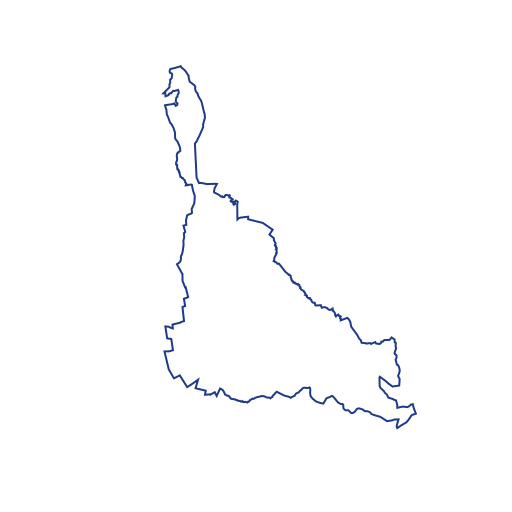 outline of Lazarea, Harghita, Romania, rotated 75°
{"feature_id": "2599482B18628071663922", "entity_name": "Lazarea", "entity_type": "district", "adm_level": 2, "iso_a3": "ROU", "parent_name": "Romania", "parent_adm1": "Harghita", "projection": "orthographic", "projection_center": [25.497, 46.771], "detail": "fine", "context": "isolated", "style": "outline", "palette": "blue", "viewbox_px": 512, "rotation_deg": 75, "n_neighbors": 0, "source": "geoboundaries", "source_scale": "gbopen_adm2", "svg_char_len": 6111}
<svg xmlns="http://www.w3.org/2000/svg" viewBox="0 0 512 512"><g transform="rotate(75 256 256)"><path d="M343.0,369.6L352.9,366.9L351.6,360.5L364.8,356.4L363.1,351.0L360.5,344.0L368.1,348.6L373.1,339.4L376.8,341.2L377.8,335.9L378.1,335.9L376.9,331.1L381.0,330.2L374.7,325.0L376.7,322.9L379.5,322.0L381.5,321.9L383.3,320.2L383.7,319.1L384.6,318.1L386.2,317.8L387.7,316.7L388.0,315.6L388.9,314.2L388.9,313.4L390.4,312.0L390.4,311.3L391.3,310.7L391.8,308.9L392.7,308.3L393.1,307.4L392.6,306.8L393.8,306.0L393.7,305.4L394.2,304.8L394.1,304.6L394.2,303.8L395.3,302.2L394.6,301.1L394.8,300.4L393.5,298.9L393.6,298.4L392.8,296.4L393.4,295.4L392.8,293.4L392.6,291.0L392.8,289.2L392.6,287.0L393.0,286.7L393.2,285.0L395.5,282.1L396.5,279.4L397.2,278.9L396.7,278.2L396.5,276.8L395.8,276.4L394.9,275.2L394.3,274.2L394.3,273.8L393.4,272.9L392.5,271.1L398.1,264.9L400.8,260.2L402.0,259.2L401.5,257.7L401.0,254.9L399.4,253.2L398.9,251.5L398.9,250.3L397.4,248.0L396.9,246.6L395.9,245.4L395.7,243.5L397.0,240.0L396.8,238.4L397.4,238.0L399.4,238.2L402.6,239.3L405.6,239.5L408.7,238.1L412.2,235.5L414.6,232.0L416.0,229.2L411.6,224.6L411.3,221.1L410.8,219.5L411.0,218.5L412.8,217.3L418.7,214.7L421.1,212.1L421.3,210.8L422.2,210.2L425.2,210.9L426.0,210.9L426.9,210.4L428.1,209.5L428.4,208.9L428.9,206.7L432.1,204.9L432.7,203.5L432.5,202.0L431.7,200.4L429.9,198.2L429.7,196.9L430.0,195.6L431.9,192.6L434.0,191.1L434.6,189.0L435.4,187.6L436.7,186.2L438.6,185.3L440.9,182.0L443.4,177.7L449.5,172.1L450.0,167.1L449.7,164.8L450.7,160.6L455.4,163.5L457.4,164.3L458.8,164.1L457.2,159.6L455.6,153.8L453.9,151.3L450.0,146.8L449.7,142.4L443.3,143.0L439.7,142.9L439.6,144.7L440.9,147.3L441.1,149.1L439.5,153.0L439.2,158.8L436.3,158.1L431.7,158.1L430.6,160.0L429.9,160.3L427.1,164.8L423.9,165.4L421.2,167.0L419.6,167.4L415.7,169.9L413.5,170.2L405.4,168.2L404.7,167.6L409.8,163.5L413.6,161.0L417.4,157.9L418.2,151.2L412.0,149.1L408.6,149.8L405.9,147.8L403.5,146.7L400.4,146.6L398.0,147.2L397.5,148.0L392.4,148.0L390.5,146.6L388.7,146.0L387.4,146.4L386.7,147.3L385.3,147.2L381.5,144.6L379.1,144.5L376.2,143.5L375.8,143.6L375.4,144.3L372.5,143.8L369.8,146.1L371.6,148.7L370.4,153.9L371.6,155.7L371.1,157.0L372.5,158.0L373.0,159.4L371.6,162.7L370.0,163.1L370.7,167.6L369.6,168.3L369.2,172.0L368.8,172.2L367.1,176.5L364.6,176.5L362.3,177.8L358.6,178.6L349.1,182.3L343.6,182.0L340.9,182.9L339.4,183.8L340.1,190.8L338.6,190.3L337.8,191.0L336.4,189.8L335.9,190.1L335.4,191.3L333.9,191.6L334.1,192.8L335.1,194.4L333.6,194.9L332.4,194.5L330.8,194.8L328.6,195.7L328.6,196.0L326.6,195.6L327.3,197.9L327.2,198.9L325.8,200.3L324.7,200.7L323.4,202.5L323.0,203.5L323.0,205.9L320.3,206.1L319.3,211.1L318.9,211.4L316.3,211.4L316.2,212.4L315.3,213.5L313.7,214.0L312.5,214.0L312.0,214.4L311.9,214.7L311.0,214.9L310.8,215.4L310.5,215.1L309.8,216.7L308.7,217.4L307.8,217.1L307.3,217.7L307.0,217.5L306.5,218.3L306.3,217.9L305.5,217.9L304.8,218.4L303.6,218.3L303.1,218.9L302.2,218.9L300.4,220.8L299.4,221.3L298.5,221.2L298.4,221.5L297.6,221.1L296.8,221.9L295.8,221.8L295.9,222.3L295.4,221.7L294.9,222.0L294.7,222.6L294.4,222.4L293.9,222.6L294.0,223.6L292.8,224.7L293.1,224.7L292.8,225.2L292.0,225.2L291.8,226.0L291.5,225.9L291.2,226.9L290.1,226.8L289.8,227.4L289.6,227.3L288.0,228.0L287.4,227.6L285.7,228.0L284.3,227.6L282.7,228.5L282.7,229.4L281.7,229.7L279.0,231.7L269.3,235.8L269.1,237.3L267.4,238.0L266.9,239.1L266.4,239.1L265.5,240.3L264.5,239.4L262.8,238.9L262.0,238.4L260.3,236.7L259.7,236.5L258.9,235.4L258.1,235.6L258.0,235.2L256.9,234.7L255.8,234.8L254.3,234.1L254.3,234.7L253.5,234.1L252.6,234.5L251.7,234.0L251.4,234.2L251.7,234.6L250.3,235.0L249.1,233.8L245.3,234.6L243.5,234.1L238.8,237.5L234.9,233.1L225.8,240.9L218.5,254.1L216.0,253.4L214.9,261.1L215.2,263.2L215.9,264.5L201.4,260.8L198.8,259.6L197.7,260.5L197.2,261.4L198.7,262.6L200.2,262.6L200.8,263.5L200.6,264.3L199.7,264.5L199.0,263.5L198.2,263.3L197.7,263.8L197.8,264.6L197.3,265.7L196.4,266.3L195.4,265.2L195.5,264.0L195.2,263.8L193.2,265.5L192.7,266.5L192.1,266.6L191.1,265.7L190.4,265.8L190.3,267.3L189.7,268.0L189.2,269.5L189.7,270.4L190.8,271.2L190.7,272.5L189.6,273.2L189.8,274.1L186.9,276.4L183.7,280.0L182.8,279.9L179.8,278.4L176.3,275.1L175.7,276.7L173.9,284.6L171.1,290.3L170.8,292.2L164.9,293.1L131.5,285.9L130.2,284.0L124.2,278.7L117.7,273.6L115.5,273.2L109.2,269.5L104.8,268.8L104.1,269.0L94.4,268.7L91.5,268.9L89.3,269.7L86.0,270.4L84.1,270.3L81.3,271.6L78.4,271.5L77.2,270.9L75.1,271.3L70.4,275.0L65.7,274.8L64.8,274.4L59.3,276.2L56.6,277.7L54.3,279.5L53.2,279.6L53.4,286.4L53.2,290.4L55.0,291.6L56.6,291.7L58.0,290.1L59.5,290.1L62.6,291.6L63.5,293.3L66.3,294.0L67.7,295.1L70.6,295.9L74.9,303.3L75.4,301.5L78.3,302.0L78.0,298.9L76.7,297.8L76.5,296.0L76.8,295.9L75.0,293.1L75.5,292.4L75.4,288.3L76.8,288.1L78.8,288.6L80.2,290.1L81.8,290.6L82.3,291.9L85.3,293.4L87.2,293.2L88.3,292.3L89.6,292.9L90.2,294.6L87.4,295.6L87.7,297.2L86.8,304.8L87.4,305.0L91.3,304.7L96.5,305.5L98.5,305.0L105.1,304.5L107.0,303.4L111.2,302.5L115.8,302.3L121.1,303.6L122.3,303.5L125.5,302.1L131.1,301.4L134.8,301.8L135.2,302.4L135.4,303.7L136.0,304.2L135.9,304.9L137.2,306.0L138.6,306.6L142.2,307.1L143.5,307.7L144.7,308.8L146.5,309.4L147.0,309.5L147.6,308.6L149.7,309.2L150.9,309.1L151.4,309.5L152.0,309.0L152.4,309.2L153.2,308.3L154.3,308.7L155.0,308.3L155.1,308.7L157.4,308.4L160.0,308.5L160.2,307.8L161.4,307.5L161.6,306.7L162.0,306.3L163.3,306.1L164.5,305.1L165.8,305.1L166.5,305.4L167.2,304.9L168.4,304.8L169.4,305.4L169.3,304.6L169.9,304.3L169.7,303.9L169.6,304.2L169.3,303.8L169.9,302.6L170.3,299.7L170.5,299.5L176.3,299.9L182.3,299.6L189.0,301.9L194.0,306.0L197.7,306.6L198.2,307.5L198.8,311.9L203.5,314.4L207.9,315.3L207.9,318.2L214.5,318.1L215.3,319.7L219.2,320.5L222.8,322.3L226.3,323.0L233.0,325.8L235.6,327.4L236.6,328.5L240.4,329.6L242.3,331.3L243.5,334.5L254.1,331.9L254.3,331.7L261.1,333.4L268.0,332.6L268.0,332.0L278.2,332.2L278.7,336.7L286.0,337.4L286.2,340.2L300.3,342.4L300.4,345.8L300.8,346.4L300.6,354.4L304.4,355.1L303.5,356.6L301.6,358.8L300.6,361.8L312.6,363.1L314.2,359.3L325.5,360.6L325.6,364.5L324.5,369.1L343.0,369.6Z" fill="none" stroke="#1e3a8a" stroke-width="2"/></g></svg>